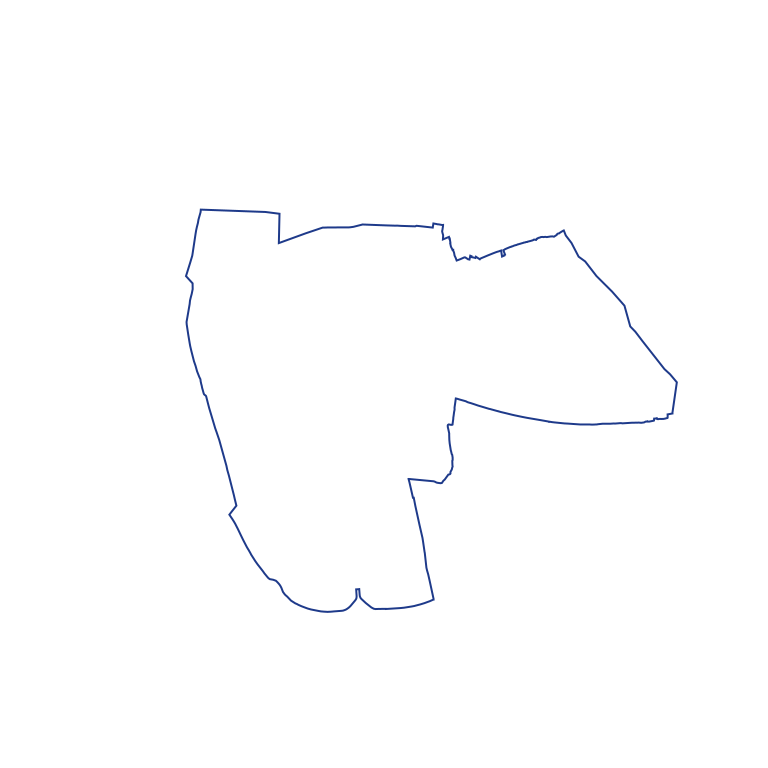 Oldebroek, Gelderland, Netherlands (Albers equal-area conic projection), rotated 126°
{"feature_id": "6326949B62245249446035", "entity_name": "Oldebroek", "entity_type": "district", "adm_level": 2, "iso_a3": "NLD", "parent_name": "Netherlands", "parent_adm1": "Gelderland", "projection": "albers", "projection_center": [5.93, 52.457], "detail": "fine", "context": "isolated", "style": "outline", "palette": "blue", "viewbox_px": 768, "rotation_deg": 126, "n_neighbors": 0, "source": "geoboundaries", "source_scale": "gbopen_adm2", "svg_char_len": 6070}
<svg xmlns="http://www.w3.org/2000/svg" viewBox="0 0 768 768"><g transform="rotate(126 384 384)"><path d="M210.5,148.1L208.0,158.2L207.1,165.9L197.4,200.0L194.0,211.3L192.7,218.6L179.3,235.5L175.2,253.7L171.8,275.5L166.6,293.3L166.6,301.4L159.7,315.2L157.0,324.2L154.1,328.8L154.8,329.2L156.7,330.0L158.7,330.8L159.1,330.8L159.4,331.0L159.9,331.5L160.4,331.9L160.7,332.0L161.7,331.9L162.1,332.0L162.9,332.3L164.2,332.8L164.6,332.9L164.8,333.0L165.0,333.2L165.5,334.4L165.9,334.9L166.8,336.0L169.0,338.2L169.5,338.7L170.2,340.1L171.4,341.3L171.9,342.3L172.7,343.2L173.4,343.8L174.0,344.0L174.3,344.3L174.7,344.7L175.5,345.2L175.7,345.3L176.2,345.3L176.3,345.4L176.4,345.6L176.7,345.8L177.1,345.6L177.7,345.8L178.1,345.7L178.2,345.9L178.3,346.3L178.5,346.6L178.6,346.9L179.1,347.6L179.6,347.7L180.0,348.0L180.5,348.2L180.9,348.6L181.6,349.1L182.1,349.5L182.6,349.9L182.8,350.1L183.8,350.9L184.5,351.5L185.0,351.7L185.5,352.4L186.1,352.8L186.7,353.2L187.1,353.7L187.4,354.0L187.7,354.1L190.0,355.9L190.6,356.3L191.1,356.8L191.4,357.0L191.9,357.3L192.6,358.0L193.0,358.2L193.7,358.5L194.0,358.9L194.6,359.3L195.0,359.7L196.2,360.5L197.0,360.9L198.0,361.8L198.5,361.9L199.1,362.5L202.4,364.5L204.0,365.4L204.7,365.6L205.6,366.1L208.2,362.1L209.2,362.5L209.4,362.2L211.5,363.4L207.2,367.7L208.1,368.4L208.8,368.8L211.0,370.5L213.9,372.4L219.0,375.6L221.5,377.1L225.1,379.3L226.1,379.8L226.8,379.8L227.0,384.4L227.6,384.2L228.3,384.1L228.7,385.2L230.0,388.0L229.2,388.3L229.5,389.6L233.1,388.0L233.7,389.4L233.7,390.5L233.8,392.3L233.8,392.6L234.3,393.4L238.1,395.6L239.8,396.7L241.4,397.8L240.8,398.7L239.8,400.2L239.0,401.7L238.6,402.4L236.7,404.4L236.4,404.8L235.1,406.8L234.7,407.0L234.9,407.4L235.2,407.5L234.6,408.5L233.6,410.5L231.3,413.1L231.1,413.0L230.7,413.3L227.8,416.2L228.1,416.4L226.8,417.9L232.4,421.3L229.3,423.3L228.8,423.7L227.3,425.6L226.2,426.8L224.8,427.4L223.3,428.2L221.9,428.9L220.9,429.5L220.6,429.7L221.1,430.2L222.6,433.4L223.4,434.7L223.7,435.5L225.1,438.4L228.8,436.5L236.9,450.7L238.2,451.5L238.3,451.7L240.4,454.8L246.1,463.2L248.3,466.7L248.7,467.1L249.6,468.4L254.5,475.6L267.7,495.3L268.2,495.6L274.8,501.1L277.5,503.9L290.8,522.0L291.0,522.2L293.6,525.6L308.1,535.9L331.8,551.9L307.7,568.6L314.5,581.0L350.6,634.7L352.8,633.4L358.5,631.3L360.1,630.7L363.1,629.2L366.9,627.7L370.1,626.3L373.3,624.7L391.2,615.4L393.0,614.5L399.8,612.1L413.1,607.6L415.1,598.0L419.5,594.7L419.8,594.5L424.2,592.5L427.1,591.4L430.5,590.0L433.6,588.2L446.4,581.9L449.9,580.2L451.8,578.6L459.1,571.4L465.5,564.9L467.3,563.0L470.5,559.3L477.3,551.1L480.1,547.1L483.6,542.7L486.8,537.7L487.2,537.0L487.9,535.6L488.4,535.0L489.8,533.7L490.3,533.1L491.4,531.9L492.5,530.5L494.0,528.9L495.8,526.6L497.4,524.6L498.0,523.7L498.1,523.4L498.2,522.7L498.2,521.6L498.2,521.3L498.4,520.9L498.7,520.4L500.2,518.6L504.1,513.9L506.3,511.2L510.8,505.3L517.3,496.8L519.0,494.6L520.0,493.1L520.2,492.9L520.9,491.8L526.2,484.3L542.8,463.4L545.7,460.2L549.3,455.6L562.1,440.2L564.8,437.1L569.2,431.9L576.6,432.2L580.6,432.3L581.7,429.3L582.3,427.6L583.5,424.6L584.5,422.3L587.3,416.8L590.6,410.7L593.1,406.0L596.5,399.2L597.5,396.9L597.8,396.1L599.3,392.8L600.2,391.0L603.0,383.9L604.3,380.0L605.7,375.1L606.7,371.7L607.5,369.4L608.7,364.8L609.0,363.4L609.0,361.7L607.5,358.6L606.7,355.8L606.9,354.3L607.1,353.2L607.6,351.0L608.1,349.5L609.1,347.4L611.6,343.5L612.5,340.7L612.7,339.6L612.9,337.3L613.9,331.9L613.8,330.2L613.6,326.8L613.2,325.2L613.0,323.5L612.3,320.2L611.4,316.9L610.5,313.7L609.3,310.5L606.3,304.0L605.0,301.3L603.3,298.5L601.5,295.7L599.4,293.1L597.2,290.6L592.7,285.3L591.5,284.0L590.1,283.0L589.0,282.3L587.6,281.7L585.8,281.1L584.4,280.8L583.1,280.6L575.9,280.1L574.2,280.2L573.3,280.5L571.8,281.4L566.5,285.8L565.0,284.0L564.5,283.5L568.5,280.1L569.8,278.9L570.8,277.4L571.2,275.8L571.4,274.1L571.9,270.1L572.1,265.5L572.2,263.2L572.1,262.0L571.8,260.1L571.0,258.5L569.1,256.1L564.8,250.3L564.9,250.2L555.6,239.0L553.2,236.3L550.3,233.4L547.9,231.0L545.9,229.1L543.3,227.0L541.0,225.1L537.4,222.4L535.0,220.8L532.8,219.3L529.5,217.4L529.3,217.2L529.1,217.4L528.8,217.5L516.2,231.6L512.0,236.4L509.5,239.6L507.7,241.7L496.5,251.9L496.2,252.3L488.6,259.7L485.9,262.4L477.1,272.5L464.2,287.0L458.5,293.1L459.0,293.7L448.6,305.6L446.5,308.2L446.4,308.3L446.3,308.2L433.5,286.6L433.1,285.3L433.0,284.4L432.9,283.7L432.7,283.2L432.4,282.5L431.0,279.9L430.7,279.7L430.3,279.2L430.0,279.0L429.7,279.0L427.4,279.1L425.6,278.7L419.5,278.7L418.6,277.9L418.3,277.7L417.6,277.6L417.4,277.6L417.1,277.8L416.5,278.3L416.2,278.5L415.7,278.6L413.3,278.9L411.7,279.6L410.4,280.0L409.9,280.5L409.5,280.9L406.4,283.3L405.8,283.7L405.4,283.7L404.7,284.1L403.1,285.3L401.4,287.0L401.2,287.2L400.9,288.0L399.0,290.2L398.3,291.1L396.5,292.9L393.5,295.9L390.8,298.3L386.8,301.4L385.9,302.0L385.2,302.7L383.5,304.6L383.2,304.9L381.5,306.9L380.7,307.6L380.0,308.1L379.4,308.2L378.6,307.8L377.8,306.0L377.5,305.6L377.1,305.0L376.5,304.7L376.1,305.0L371.6,307.4L370.4,308.2L369.0,308.9L365.5,310.8L363.3,311.8L361.6,313.1L357.6,315.2L353.5,317.4L353.2,316.8L352.9,316.0L352.0,313.4L350.1,308.3L349.8,307.3L349.6,305.8L349.2,304.6L348.4,302.4L347.4,299.3L346.1,295.1L345.0,292.0L342.3,284.3L342.0,283.7L337.9,272.8L336.1,268.5L333.7,262.6L332.5,259.8L329.4,252.9L327.3,248.4L321.3,236.3L317.7,228.9L317.7,228.5L317.7,228.2L317.4,227.9L317.2,227.9L316.1,225.7L315.1,223.9L309.8,214.8L308.1,212.2L304.8,206.9L301.1,201.0L296.3,194.5L294.5,191.7L291.8,188.3L291.4,187.8L290.9,187.4L287.4,183.5L283.4,177.9L280.8,174.8L280.6,174.4L280.1,173.7L276.9,170.0L276.0,168.7L275.7,168.0L269.9,161.0L265.5,155.2L264.9,154.3L264.4,153.4L264.1,153.0L262.4,151.2L261.9,150.8L260.9,150.4L260.6,150.2L260.1,149.5L259.4,149.1L259.5,148.7L258.6,147.4L255.0,144.1L254.9,144.1L253.2,145.1L252.5,144.2L251.6,143.4L251.4,143.3L251.3,143.0L251.8,142.7L251.8,142.4L251.5,141.9L251.2,141.4L250.8,141.1L250.2,140.4L249.3,139.1L247.9,137.3L246.5,136.0L245.9,135.6L244.9,134.7L244.6,134.7L244.2,135.0L242.6,136.1L241.9,136.7L238.3,133.3L238.0,133.6L210.5,148.1Z" fill="none" stroke="#1e3a8a" stroke-width="2"/></g></svg>